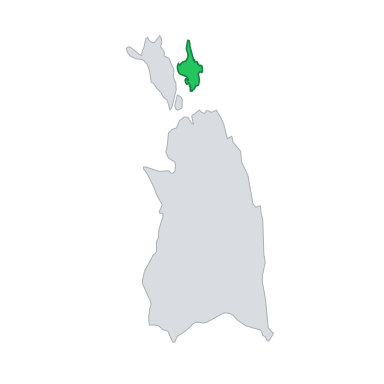 Hiiu highlighted on a map of Estonia, rotated 80°
{"feature_id": "EST-1660", "entity_name": "Hiiu", "entity_type": "County", "adm_level": 1, "iso_a3": "EST", "parent_name": "Estonia", "parent_adm1": "", "projection": "equal_earth", "projection_center": [22.694, 58.888], "detail": "fine", "context": "in_parent", "style": "filled", "palette": "green", "viewbox_px": 384, "rotation_deg": 80, "n_neighbors": 0, "source": "natural_earth", "source_scale": "10m", "svg_char_len": 3684}
<svg xmlns="http://www.w3.org/2000/svg" viewBox="0 0 384 384"><g transform="rotate(80 192 192)"><path d="M315.8,256.9L314.5,257.1L307.2,256.3L299.2,253.7L295.7,251.8L292.2,251.8L288.1,253.1L273.4,256.7L269.8,255.9L261.2,252.3L256.8,248.5L247.0,240.8L246.2,239.0L244.9,237.5L234.7,235.6L230.9,232.8L227.8,232.4L223.1,231.0L211.1,224.9L208.1,224.4L207.4,225.4L207.7,226.8L207.0,227.6L205.4,227.6L202.6,225.4L199.3,223.5L189.1,227.1L185.4,228.1L182.1,228.3L165.9,233.1L161.0,235.7L158.9,235.5L159.4,233.0L166.0,220.8L167.1,211.2L169.5,209.8L170.2,208.5L169.1,205.4L162.1,203.5L159.2,203.7L156.7,207.0L154.1,209.4L147.9,210.9L142.6,208.4L130.0,205.0L126.9,200.6L126.1,196.1L119.4,191.7L116.7,186.7L117.7,183.1L123.7,180.8L125.4,178.8L117.9,179.1L116.3,178.6L116.0,176.8L112.6,170.6L115.6,168.1L116.8,165.8L114.4,163.8L115.0,161.5L116.9,159.2L115.7,153.8L123.1,151.0L130.3,149.0L145.6,147.9L144.0,143.1L150.2,142.8L160.5,137.0L170.9,138.0L185.7,134.0L214.4,134.1L218.3,131.7L217.5,129.4L217.6,126.9L223.0,127.6L232.0,127.2L265.9,132.1L274.2,132.1L285.9,137.0L292.2,138.3L310.5,138.3L338.9,140.5L344.3,137.2L344.8,136.3L347.6,138.2L351.1,141.2L352.1,142.9L351.0,144.0L347.6,144.8L346.9,145.8L345.4,147.3L341.5,147.6L339.5,148.8L337.2,154.0L332.9,162.6L326.3,169.1L320.9,172.7L318.5,175.4L317.1,178.8L316.8,182.1L322.9,200.4L323.0,203.7L321.8,207.2L321.0,210.6L321.9,213.7L325.6,218.8L329.7,226.5L331.4,231.5L334.0,233.3L336.4,234.6L337.0,235.5L336.9,236.3L335.7,237.3L325.0,239.9L323.6,242.1L322.6,244.6L317.9,248.2L316.6,251.6L315.9,255.5L315.8,256.9ZM71.1,189.0L74.7,190.4L78.0,190.0L81.4,188.9L88.8,189.9L105.7,197.4L107.2,199.5L97.2,200.4L94.9,202.7L92.5,204.3L89.6,204.8L84.8,208.1L78.2,211.2L76.8,213.1L64.9,212.7L58.4,213.9L53.2,217.4L51.0,224.2L47.1,229.5L43.2,231.4L39.1,231.7L38.1,229.7L38.5,227.7L47.2,220.2L49.0,217.8L44.7,216.7L41.1,214.1L33.3,211.1L31.9,208.7L33.8,208.5L35.5,207.8L37.6,205.8L38.6,203.4L32.4,196.6L35.6,195.5L39.5,195.8L43.6,197.8L48.1,195.4L50.0,195.1L53.1,195.9L56.3,191.4L63.8,190.0L67.5,188.6L71.1,189.0ZM86.7,176.3L82.5,179.4L80.0,178.1L78.7,176.7L73.3,183.5L67.2,184.7L63.7,183.4L64.0,180.8L60.5,174.1L55.3,172.1L47.8,171.9L42.5,169.2L63.2,167.3L65.3,164.1L69.5,160.8L72.7,160.4L75.4,161.2L75.9,163.8L76.6,164.8L86.0,166.3L89.7,170.6L91.1,175.9L86.7,176.3ZM108.2,193.3L104.0,194.0L93.9,189.6L96.2,186.6L99.1,185.5L107.7,187.3L108.9,191.8L108.2,193.3Z" fill="#d9dde1" stroke="#a8b0b8" stroke-width="1"/><path d="M54.5,172.1L51.2,172.7L49.5,172.6L42.8,170.3L41.9,169.6L42.4,168.6L44.4,168.4L48.2,168.8L63.2,167.5L62.2,167.1L62.1,166.7L62.8,166.5L63.9,166.9L64.5,166.9L64.5,164.7L65.3,164.2L66.5,164.1L67.4,163.9L68.1,163.4L68.8,162.5L69.0,162.0L69.0,161.4L69.1,160.9L69.5,160.4L70.1,160.3L72.3,160.4L73.6,160.5L75.1,160.9L76.0,161.5L74.9,163.2L75.4,164.2L76.3,165.0L77.2,165.4L82.3,165.2L87.2,166.7L88.0,167.5L88.2,168.1L87.9,169.1L88.0,169.6L88.5,170.2L89.5,170.8L90.0,171.1L90.3,171.5L91.0,172.0L91.4,172.3L91.5,172.6L91.6,172.9L91.5,173.6L91.7,174.0L92.1,174.2L92.4,174.2L92.6,174.2L92.7,175.5L92.3,176.1L91.6,176.2L89.5,175.3L88.9,175.1L88.4,175.1L88.0,175.3L87.9,175.7L87.7,175.9L87.0,175.5L86.1,175.8L85.3,175.8L84.5,176.0L83.8,176.7L84.3,176.8L84.6,176.9L84.8,177.2L84.9,177.8L84.8,178.6L84.6,178.7L84.2,178.7L83.6,179.1L82.7,179.4L81.3,179.4L79.9,179.1L79.3,178.4L79.9,177.8L81.0,177.3L81.8,176.8L81.4,176.2L80.5,176.1L79.3,176.5L78.0,177.0L77.2,177.6L76.1,179.1L74.3,182.6L73.0,183.9L70.8,184.7L67.9,184.9L65.2,184.4L63.2,183.1L63.6,182.9L64.1,182.6L64.9,181.8L64.2,181.1L63.3,180.0L62.5,178.8L62.1,177.8L62.2,176.3L62.0,175.4L61.5,174.8L59.1,172.9L57.7,172.3L56.2,172.0L54.5,172.1Z" fill="#22c55e" stroke="#15803d" stroke-width="1.5"/></g></svg>